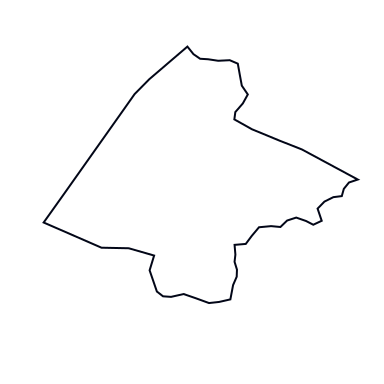 Juarez Távora, Paraíba, Brazil, rotated 316°
{"feature_id": "56859067B57466026178175", "entity_name": "Juarez Távora", "entity_type": "district", "adm_level": 2, "iso_a3": "BRA", "parent_name": "Brazil", "parent_adm1": "Paraíba", "projection": "natural_earth1", "projection_center": [-35.563, -7.162], "detail": "fine", "context": "isolated", "style": "outline", "palette": "ink", "viewbox_px": 384, "rotation_deg": 316, "n_neighbors": 0, "source": "geoboundaries", "source_scale": "gbopen_adm2", "svg_char_len": 839}
<svg xmlns="http://www.w3.org/2000/svg" viewBox="0 0 384 384"><g transform="rotate(316 192 192)"><path d="M64.1,110.9L88.2,169.2L107.4,188.5L120.6,211.4L107.1,218.9L97.6,239.2L98.7,246.9L104.1,252.9L115.1,259.6L120.9,271.0L127.1,283.7L135.1,289.9L145.0,295.9L156.9,287.5L165.3,284.0L170.4,279.1L174.1,271.8L179.7,267.2L185.9,259.6L194.6,266.7L204.4,265.1L215.7,263.9L225.2,271.5L231.3,278.6L240.6,278.6L249.2,282.8L253.9,292.1L256.5,299.8L265.3,302.8L270.8,291.2L280.6,290.9L290.1,293.9L296.9,299.0L303.4,295.2L311.5,294.2L319.9,298.2L300.6,237.7L290.7,216.0L278.7,188.5L272.9,169.2L278.7,164.6L290.1,163.6L299.9,160.6L301.7,150.1L307.6,141.2L314.1,131.5L310.7,123.4L302.0,115.8L295.8,107.7L290.4,101.8L288.8,93.9L289.7,84.2L239.7,81.2L218.7,81.7L204.1,84.5L99.0,104.4L64.1,110.9Z" fill="none" stroke="#020617" stroke-width="2"/></g></svg>